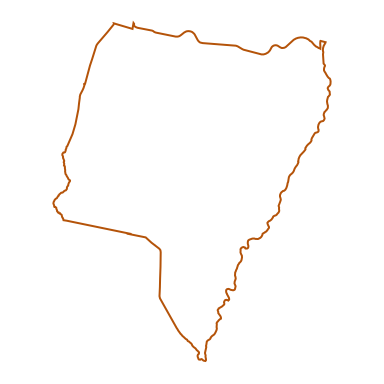 outline of Capital, Tucumán, Argentina
{"feature_id": "61730980B8317426780894", "entity_name": "Capital", "entity_type": "district", "adm_level": 2, "iso_a3": "ARG", "parent_name": "Argentina", "parent_adm1": "Tucumán", "projection": "orthographic", "projection_center": [-65.196, -26.847], "detail": "fine", "context": "isolated", "style": "outline", "palette": "amber", "viewbox_px": 384, "rotation_deg": 0, "n_neighbors": 0, "source": "geoboundaries", "source_scale": "gbopen_adm2", "svg_char_len": 5891}
<svg xmlns="http://www.w3.org/2000/svg" viewBox="0 0 384 384"><path d="M325.6,42.2L320.5,40.9L320.4,41.0L320.2,43.2L320.4,47.4L320.3,48.7L319.6,48.3L318.5,48.0L317.7,47.3L316.0,46.5L314.1,44.8L311.5,41.7L310.1,41.0L308.3,39.3L307.6,39.1L306.5,38.4L303.1,37.5L300.7,37.4L298.1,37.8L296.0,38.5L293.7,39.8L285.8,47.0L284.5,47.7L282.8,48.0L281.7,48.0L280.3,47.4L277.5,45.6L275.9,45.2L274.2,45.4L272.8,46.1L272.1,46.7L271.6,47.3L270.0,50.3L269.2,51.3L268.0,52.5L265.7,53.8L263.6,54.4L261.5,54.4L243.5,49.7L242.1,49.0L237.6,46.3L235.9,45.7L202.7,43.1L200.5,42.6L199.6,42.2L198.2,40.8L197.6,39.9L194.7,34.5L194.1,33.7L192.3,32.1L190.6,31.4L188.6,31.1L187.4,31.2L186.3,31.4L184.2,32.5L181.2,34.9L179.9,35.8L178.9,36.3L177.6,36.6L175.7,36.6L155.9,32.6L154.3,32.0L153.4,31.2L152.1,30.6L137.6,27.8L136.2,27.3L134.6,26.3L134.2,25.7L134.0,25.1L134.1,23.8L133.5,23.0L132.5,28.9L113.9,23.4L114.0,23.7L113.5,24.7L107.5,32.1L97.8,43.4L96.8,44.8L96.3,45.8L92.1,59.2L90.0,65.5L85.1,83.7L84.5,83.7L84.1,84.0L84.2,84.6L84.5,85.0L83.5,88.1L82.5,90.3L80.3,94.5L79.8,96.6L79.8,97.7L79.1,102.8L78.4,109.3L75.4,124.3L72.5,134.1L67.3,146.1L66.6,146.7L66.2,148.7L65.7,149.5L65.7,150.5L65.3,151.5L65.0,152.2L64.6,152.4L64.4,152.5L63.8,152.4L63.4,152.5L62.4,153.9L62.3,155.1L62.9,156.2L63.1,157.2L63.0,157.6L63.1,158.1L63.8,159.7L64.0,160.4L64.2,160.8L64.1,161.5L63.8,161.9L63.7,162.1L64.2,163.5L64.1,164.2L64.2,164.9L64.0,165.6L64.6,166.0L64.8,166.4L64.9,167.4L64.9,168.4L65.2,170.1L65.1,171.4L65.5,173.8L65.7,174.3L66.2,174.8L66.8,176.2L67.8,177.7L68.6,179.4L70.0,180.4L69.9,181.4L69.0,182.5L68.3,184.4L68.2,185.6L67.5,186.3L67.1,187.0L66.9,187.7L66.9,188.9L65.9,190.3L64.5,190.8L62.7,192.5L62.0,192.7L61.3,192.7L60.9,193.0L60.2,193.7L59.4,194.3L59.1,194.9L58.5,195.4L58.5,195.9L57.9,196.4L56.8,198.2L55.7,198.8L54.7,199.9L54.1,201.2L53.6,202.1L53.4,203.5L54.2,205.6L54.2,206.4L54.5,207.0L55.5,207.0L56.3,207.9L56.3,208.7L57.1,210.5L57.0,211.0L58.1,212.6L58.3,212.7L58.7,212.5L59.1,213.2L59.5,213.5L60.0,213.3L60.4,213.9L61.6,214.8L62.2,217.2L62.7,217.7L62.8,218.4L63.2,218.8L63.5,220.2L66.7,220.7L129.4,233.6L128.8,234.0L145.7,237.4L151.5,242.7L159.3,248.7L160.4,250.2L160.7,252.1L160.5,266.7L160.1,278.4L159.9,287.3L159.5,296.2L160.0,298.4L176.7,328.1L177.6,329.4L178.1,330.4L179.5,332.3L180.7,334.0L181.4,334.5L181.6,334.9L182.6,336.1L183.5,336.8L185.7,338.9L187.1,339.7L187.7,340.9L188.1,341.2L189.1,341.6L189.8,342.4L190.9,343.2L191.9,344.4L192.1,345.2L192.4,345.7L193.6,347.0L195.5,348.4L196.8,350.2L197.6,350.8L199.0,352.3L198.9,353.7L198.6,354.1L198.0,354.6L197.7,355.3L197.6,355.8L197.7,356.8L198.6,359.2L198.9,359.5L200.2,359.7L201.0,359.2L201.7,359.1L203.5,360.6L204.8,360.9L205.4,361.0L205.9,360.4L206.0,359.2L205.5,356.8L205.6,355.3L205.1,353.7L205.0,352.9L206.3,347.0L206.0,346.0L206.3,344.9L206.8,341.6L207.7,340.5L209.9,339.2L210.5,338.4L210.5,338.2L210.6,337.8L211.3,336.8L212.1,336.0L214.3,334.4L215.4,332.6L216.5,330.2L216.8,328.8L216.8,328.1L216.6,327.2L216.8,324.3L216.8,323.8L216.6,323.4L216.8,322.7L217.1,322.2L217.9,321.4L218.8,320.2L220.6,318.7L220.9,318.7L221.0,318.4L220.9,317.3L220.3,315.9L218.3,313.2L218.2,311.6L217.8,310.7L217.7,310.1L218.0,309.5L218.6,308.9L218.7,308.4L222.0,306.5L224.2,304.5L224.3,303.3L224.0,302.2L224.5,301.0L225.2,300.1L226.2,299.8L227.4,300.2L227.5,300.1L227.9,300.3L227.9,300.2L228.3,300.3L228.8,300.1L229.2,299.2L228.9,297.7L227.0,294.2L226.9,293.6L226.5,293.1L226.2,292.1L226.1,290.9L226.3,289.9L226.7,289.5L227.2,289.1L228.4,288.9L229.3,289.1L230.6,289.8L233.1,290.3L234.1,290.0L234.7,289.6L234.9,289.3L235.2,288.1L235.6,286.2L234.5,283.5L234.7,281.5L235.7,278.8L235.5,277.0L235.0,275.5L235.2,272.4L235.7,271.5L236.0,270.4L237.0,268.4L237.2,267.4L237.6,266.4L237.7,265.8L238.1,264.8L238.9,263.8L239.3,262.9L240.1,262.3L241.1,261.0L241.5,260.0L242.0,257.5L241.9,255.7L241.0,253.9L240.5,252.5L240.6,250.3L240.5,249.5L240.7,248.8L241.3,248.0L241.8,247.6L243.2,247.0L244.1,247.2L244.6,247.6L245.0,247.6L245.5,248.5L247.1,248.5L247.9,248.0L248.3,247.1L248.4,246.0L247.8,243.8L247.8,242.1L248.0,241.0L248.4,240.3L249.3,239.7L252.3,238.6L254.1,238.5L255.4,238.9L257.8,239.0L258.6,238.8L259.3,238.3L260.2,237.9L261.0,237.2L261.7,236.3L262.4,234.8L262.6,233.8L263.4,233.2L264.8,232.5L265.2,232.0L266.3,231.5L266.8,230.8L267.4,230.2L267.6,229.7L268.9,228.0L269.0,227.4L268.9,226.7L268.3,225.7L267.6,223.9L267.4,222.9L268.1,221.9L268.9,221.2L270.2,220.6L271.5,219.5L272.9,217.5L273.2,216.6L273.5,216.3L274.6,215.7L275.7,215.4L276.6,214.8L277.4,213.7L278.6,212.5L279.2,211.0L279.2,210.3L279.0,208.9L279.1,207.4L278.6,205.9L280.3,201.4L280.8,199.8L280.5,198.1L280.0,196.7L280.0,195.1L280.7,193.3L281.3,192.4L283.0,191.0L284.0,190.8L285.3,189.8L286.4,187.9L287.2,185.4L287.6,183.1L288.1,182.0L288.9,177.1L289.4,176.1L290.3,174.8L291.6,173.8L292.9,172.5L293.7,171.2L294.7,168.5L295.9,166.6L297.0,165.3L297.5,164.4L298.4,162.4L298.4,162.0L298.2,161.9L298.1,161.4L298.5,160.0L298.6,158.9L299.4,156.9L300.3,155.3L303.9,151.5L305.3,149.7L305.5,149.1L305.3,148.2L306.9,145.7L308.2,144.3L309.9,142.9L310.9,141.7L311.5,140.6L311.4,139.5L311.9,138.1L314.7,133.4L315.4,132.8L316.7,132.5L317.9,132.0L318.5,131.2L318.6,129.8L318.3,129.1L318.0,127.2L318.1,126.5L318.5,124.6L319.4,122.9L320.0,122.2L321.0,121.5L323.1,121.0L323.8,120.3L324.3,119.4L324.6,118.5L324.0,116.0L323.7,115.3L323.7,114.6L323.9,113.6L324.5,112.0L325.1,111.6L326.0,110.4L326.8,109.7L327.8,108.0L327.9,106.6L327.9,105.6L327.4,104.1L327.0,101.5L327.2,99.9L328.0,96.9L328.6,96.4L329.9,94.7L329.6,91.5L328.2,89.8L327.7,88.2L327.9,87.6L328.3,86.9L329.6,85.7L330.3,84.6L330.5,83.5L330.6,81.3L330.2,79.4L329.8,78.6L328.8,78.0L327.6,76.6L326.2,74.3L325.3,72.6L324.5,71.5L324.0,70.3L324.0,69.0L324.2,67.8L324.5,66.9L324.9,66.2L325.0,65.6L324.8,65.1L323.6,63.6L323.0,54.3L323.3,52.1L323.0,51.2L322.9,49.6L323.1,47.9L323.8,45.6L324.7,44.2L325.0,43.1L325.4,42.9L325.6,42.2Z" fill="none" stroke="#b45309" stroke-width="2"/></svg>